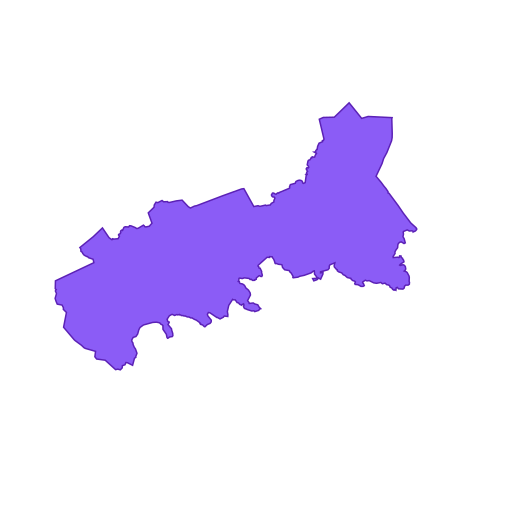 Zvirgzdenes pag., Ciblas, Latvia (orthographic projection), rotated 320°
{"feature_id": "27541924B83087939381555", "entity_name": "Zvirgzdenes pag.", "entity_type": "district", "adm_level": 2, "iso_a3": "LVA", "parent_name": "Latvia", "parent_adm1": "Ciblas", "projection": "orthographic", "projection_center": [27.712, 56.569], "detail": "fine", "context": "isolated", "style": "filled", "palette": "violet", "viewbox_px": 512, "rotation_deg": 320, "n_neighbors": 0, "source": "geoboundaries", "source_scale": "gbopen_adm2", "svg_char_len": 6122}
<svg xmlns="http://www.w3.org/2000/svg" viewBox="0 0 512 512"><g transform="rotate(320 256 256)"><path d="M74.5,177.4L62.8,186.9L62.9,203.4L63.1,204.7L64.9,212.1L65.3,215.7L65.8,217.0L71.8,225.9L67.8,229.6L67.7,232.5L73.5,238.9L75.4,252.8L77.4,253.8L78.9,256.0L81.6,255.7L83.2,254.1L85.7,255.1L87.9,254.0L88.9,255.1L91.2,260.4L97.2,256.2L98.8,256.4L99.3,255.7L102.3,254.0L103.9,249.8L104.1,247.6L105.0,244.7L105.8,243.6L106.0,241.8L106.9,240.4L109.6,239.4L112.3,240.5L115.2,239.7L118.8,237.2L121.2,236.2L125.5,236.5L134.2,240.5L137.2,242.7L139.2,245.2L139.3,247.2L139.9,248.5L140.0,249.4L137.6,252.4L137.0,258.3L135.5,261.1L135.4,262.2L135.7,262.4L137.7,262.5L140.1,263.9L141.1,263.6L142.5,261.7L143.7,258.7L144.5,257.4L144.5,252.0L146.9,251.0L147.0,250.5L146.5,250.1L146.4,248.9L147.0,248.3L147.2,247.3L151.2,246.1L153.8,246.6L154.4,247.0L155.4,249.2L157.8,250.0L158.2,250.9L159.7,251.5L159.6,252.0L160.4,252.6L160.5,253.6L161.9,254.8L162.3,255.8L163.1,256.2L164.2,258.5L165.5,259.7L166.2,261.5L167.2,262.3L167.9,264.5L169.1,266.9L170.1,270.9L170.0,271.5L169.6,271.8L170.0,272.5L169.7,272.9L170.8,274.5L171.0,276.9L171.4,277.4L174.7,277.2L177.5,278.1L179.3,277.7L180.5,276.4L180.6,271.2L180.8,270.4L181.3,269.4L183.2,268.7L184.2,269.9L186.5,278.0L186.9,278.2L188.0,281.1L191.6,281.9L193.1,281.6L195.5,284.2L196.8,282.8L198.4,280.1L203.4,276.3L210.2,274.2L210.4,274.9L211.9,276.3L211.6,279.6L212.2,280.2L212.6,281.6L212.4,282.1L212.7,283.3L213.2,283.6L213.4,284.5L214.4,284.3L215.7,284.7L215.2,285.9L213.9,286.7L213.5,288.4L213.8,289.6L214.3,289.9L214.8,291.3L217.4,295.4L219.2,296.6L219.3,297.8L223.1,299.4L224.7,299.0L225.7,299.4L225.5,297.2L226.0,294.5L224.2,291.9L223.7,290.2L220.3,288.0L220.8,287.0L220.8,284.8L226.7,282.3L227.8,280.5L228.3,277.3L227.7,273.8L228.2,271.9L228.2,270.2L227.6,268.6L226.1,266.7L226.2,265.8L226.8,264.9L226.1,264.1L227.0,263.7L228.6,262.2L229.4,262.5L230.9,264.4L233.1,265.3L236.3,268.8L236.4,270.3L237.3,270.6L237.7,272.5L239.4,273.8L239.8,273.4L241.2,274.0L242.3,273.0L245.6,273.1L246.0,273.3L246.6,274.9L247.3,275.4L248.5,274.8L249.8,272.0L250.4,271.5L251.3,268.0L250.7,267.4L250.6,266.9L251.2,266.2L251.0,265.2L251.6,264.5L263.7,264.1L265.4,265.8L266.0,265.2L267.9,267.0L267.6,267.7L267.5,269.6L267.0,271.4L265.9,274.0L266.2,274.6L266.9,274.9L267.8,276.7L269.9,278.9L270.2,279.6L269.1,281.5L269.0,282.5L269.1,285.0L272.1,288.6L271.7,290.2L272.0,291.7L271.3,295.4L270.4,296.2L270.5,296.6L274.6,299.2L276.4,299.6L280.5,301.8L287.5,304.4L290.1,304.4L291.1,304.9L289.2,307.5L289.0,311.7L287.7,311.7L284.9,309.7L284.3,312.2L287.2,313.3L288.3,313.4L289.6,312.9L290.6,315.3L295.6,312.9L296.7,311.7L294.6,310.4L295.3,309.6L302.3,312.8L304.1,312.5L305.8,310.7L307.1,310.3L312.0,311.9L309.7,313.6L309.0,314.6L309.0,317.7L309.4,318.8L308.8,319.4L309.1,321.2L310.8,324.0L310.8,326.5L311.6,327.9L312.1,331.2L314.3,334.1L314.0,334.7L314.1,336.0L314.4,337.2L315.4,338.6L315.5,339.7L313.9,340.6L313.7,341.5L315.8,343.7L316.9,346.8L318.5,348.1L319.9,348.3L320.6,346.2L320.5,345.0L320.9,344.5L324.2,344.8L325.0,346.4L326.9,347.6L328.9,352.2L330.8,354.4L334.6,356.5L335.0,358.5L337.4,359.7L337.7,362.0L338.7,363.1L339.2,364.2L339.0,365.5L338.7,366.0L339.5,368.1L339.2,369.3L339.5,370.3L339.7,370.2L340.1,371.1L340.6,371.0L341.1,372.2L342.9,370.5L344.0,370.8L344.1,372.8L347.3,375.8L348.9,375.8L350.4,374.6L352.0,374.6L353.8,376.1L355.3,376.2L356.7,374.8L356.9,374.0L359.7,370.9L360.4,369.6L361.2,365.8L361.0,364.8L359.9,362.8L361.4,362.7L362.4,362.2L363.6,360.1L363.7,358.8L363.5,357.9L362.9,357.1L360.7,356.2L360.3,355.8L360.2,355.3L361.5,355.1L365.6,355.6L366.4,354.0L366.4,352.7L366.8,352.0L366.4,350.4L367.1,349.2L366.1,348.2L365.0,349.1L364.5,349.1L363.8,348.0L360.1,345.4L360.7,344.5L364.1,343.5L365.0,342.2L366.9,341.4L369.8,340.7L372.1,338.4L373.3,337.9L375.1,337.9L376.4,338.7L377.4,341.6L378.8,341.9L380.6,338.0L381.0,335.7L383.1,334.0L383.9,332.6L384.7,332.0L388.6,333.2L389.5,335.4L391.6,336.9L392.4,338.5L392.1,338.7L394.2,339.3L396.1,339.0L396.6,338.5L396.5,337.7L396.8,337.3L395.8,330.2L396.4,317.5L397.3,308.8L398.2,293.5L397.7,292.6L398.5,291.6L398.9,287.9L398.9,284.8L399.2,280.0L399.2,272.1L412.0,266.2L416.4,263.4L422.7,260.9L433.9,254.9L436.4,252.8L439.1,249.7L448.2,238.2L449.2,237.5L431.6,221.2L425.4,218.5L425.8,198.5L405.2,200.0L396.6,193.1L392.4,191.9L383.2,210.2L382.1,210.7L381.0,210.3L380.5,211.2L376.8,210.1L373.7,211.6L371.3,213.7L371.0,213.4L369.4,213.8L368.7,214.6L367.4,213.8L368.3,216.2L365.9,217.0L364.6,217.9L363.9,217.6L362.8,216.1L361.7,216.7L361.4,216.2L359.3,217.0L357.8,216.4L356.8,216.7L353.8,219.1L353.9,220.9L353.3,222.0L352.6,222.1L351.8,221.1L350.5,221.5L350.2,222.2L350.5,222.5L350.0,223.3L349.9,224.3L349.2,224.3L347.7,225.1L347.9,225.9L347.7,226.3L346.7,225.9L346.9,226.5L346.2,226.6L340.8,231.4L338.9,230.8L338.8,229.9L339.5,228.6L339.0,226.9L337.9,225.7L336.4,225.0L334.5,224.6L332.8,225.5L328.2,223.4L326.2,224.5L325.6,225.5L324.9,225.5L314.3,222.2L313.8,222.4L313.0,221.5L311.2,221.6L310.6,221.0L310.0,219.2L309.1,218.4L307.1,219.1L306.7,219.9L306.7,221.3L307.9,222.8L307.7,223.8L305.4,225.0L304.4,226.1L301.5,225.5L299.8,226.1L296.2,223.9L296.0,223.1L290.9,220.5L289.9,218.8L286.1,216.7L290.0,196.6L287.9,195.3L269.1,188.4L242.9,179.3L240.9,178.2L236.6,177.1L235.8,174.7L235.3,165.7L230.3,162.5L224.2,159.4L223.1,158.4L223.2,157.5L220.1,155.1L219.7,153.1L215.1,152.0L214.0,150.5L210.9,151.5L209.2,153.1L201.2,153.7L197.4,164.0L193.4,164.6L190.4,163.0L189.6,162.0L189.8,161.2L189.6,160.0L183.5,159.0L182.3,158.3L181.7,156.4L179.6,152.5L178.6,151.5L177.1,151.9L174.6,149.5L173.2,149.2L170.2,150.6L170.0,149.9L168.6,149.8L167.5,150.6L167.4,151.2L166.3,151.6L164.7,151.2L164.2,151.5L164.1,153.0L161.5,154.1L157.4,151.3L157.5,150.8L157.3,150.6L156.1,150.9L155.5,148.8L155.2,147.4L156.4,135.8L143.7,136.6L126.5,136.3L126.4,137.8L124.9,139.9L125.3,141.4L124.9,142.7L124.9,144.9L126.0,147.6L126.6,148.1L126.6,149.6L129.1,153.8L127.5,156.9L86.4,146.1L81.2,152.0L81.4,153.3L80.3,153.5L79.7,154.1L79.3,155.9L78.8,156.7L74.9,159.3L73.8,161.9L72.8,165.1L75.9,168.9L75.2,171.9L74.1,173.0L74.5,177.4Z" fill="#8b5cf6" stroke="#5b21b6" stroke-width="1.5"/></g></svg>